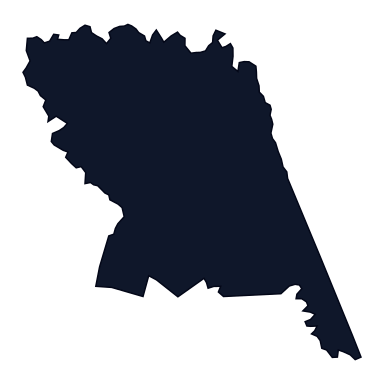 the district of Diamante D'Oeste, Paraná, Brazil
{"feature_id": "56859067B14364856509720", "entity_name": "Diamante D'Oeste", "entity_type": "district", "adm_level": 2, "iso_a3": "BRA", "parent_name": "Brazil", "parent_adm1": "Paraná", "projection": "robinson", "projection_center": [-54.104, -24.969], "detail": "fine", "context": "isolated", "style": "filled", "palette": "ink", "viewbox_px": 384, "rotation_deg": 0, "n_neighbors": 0, "source": "geoboundaries", "source_scale": "gbopen_adm2", "svg_char_len": 2056}
<svg xmlns="http://www.w3.org/2000/svg" viewBox="0 0 384 384"><path d="M230.4,43.6L225.8,46.5L222.0,47.7L217.4,40.2L225.0,33.9L215.9,30.2L213.1,35.9L212.6,42.5L208.7,45.7L205.5,50.9L200.3,52.4L196.2,52.5L191.0,53.2L184.9,45.7L185.0,38.3L180.1,35.3L177.5,32.1L171.2,35.9L163.8,42.2L161.6,38.3L156.3,30.0L152.6,35.0L149.8,42.9L145.9,40.8L144.5,36.0L138.7,32.6L136.0,29.0L131.6,25.9L127.9,24.4L124.3,26.1L119.7,26.4L114.1,28.5L109.0,32.5L110.8,38.3L106.5,43.6L102.1,38.8L96.6,36.0L91.5,32.6L90.0,26.7L85.0,25.2L80.0,28.3L76.2,32.5L71.9,32.8L68.8,39.8L64.2,39.8L57.5,39.3L58.7,35.0L53.7,34.3L49.6,41.2L44.3,42.9L41.2,39.6L36.8,36.7L32.8,38.2L27.4,38.3L26.3,50.6L30.1,60.9L26.2,67.9L23.0,72.3L25.4,77.2L27.4,85.1L34.2,88.2L38.1,91.1L40.4,95.6L45.8,100.0L43.2,106.7L48.8,116.1L48.0,121.6L56.2,116.2L67.4,123.4L63.8,127.5L59.2,130.6L52.5,133.5L51.3,141.5L54.2,145.0L63.2,150.3L68.0,152.0L65.7,157.3L71.5,163.5L76.2,167.8L81.2,166.6L85.7,172.6L85.0,183.6L90.5,182.5L93.7,184.8L97.7,185.7L104.9,193.0L108.8,194.9L109.9,199.8L117.9,204.0L122.1,207.6L124.2,216.7L117.9,223.7L115.4,228.4L113.8,234.2L108.8,235.9L99.6,266.8L95.8,286.3L111.7,287.4L143.0,296.5L148.7,275.7L156.4,279.8L177.9,296.8L204.0,278.3L206.5,282.6L208.1,288.2L213.8,286.4L220.7,286.3L218.4,292.0L223.5,296.5L280.9,293.7L289.3,286.0L295.1,284.3L299.4,285.0L301.8,288.7L296.9,294.2L296.1,298.7L301.7,298.7L306.4,301.8L308.0,305.7L302.9,310.9L310.3,312.1L315.2,314.3L310.5,319.5L305.1,321.7L306.9,326.0L310.7,326.3L317.1,326.0L314.7,330.8L311.5,333.9L317.1,336.3L320.2,340.6L321.8,348.3L326.6,350.0L332.3,357.4L337.4,357.1L338.3,350.0L343.1,351.6L350.2,354.8L355.2,359.6L361.0,357.1L352.7,336.1L320.6,257.7L289.3,182.5L287.6,178.5L286.8,171.9L283.0,166.9L281.3,159.2L278.2,151.6L275.5,142.7L272.5,138.6L270.9,133.1L272.8,124.2L271.6,119.3L270.0,115.3L271.2,109.3L270.0,105.2L265.2,102.6L263.4,96.3L259.3,92.1L259.0,85.8L256.6,78.4L256.4,71.9L255.9,66.2L249.1,61.8L244.2,61.6L239.3,62.6L237.9,71.5L231.8,66.4L233.0,56.3L232.9,48.0L230.4,43.6Z" fill="#0f172a" stroke="#020617" stroke-width="1.5"/></svg>